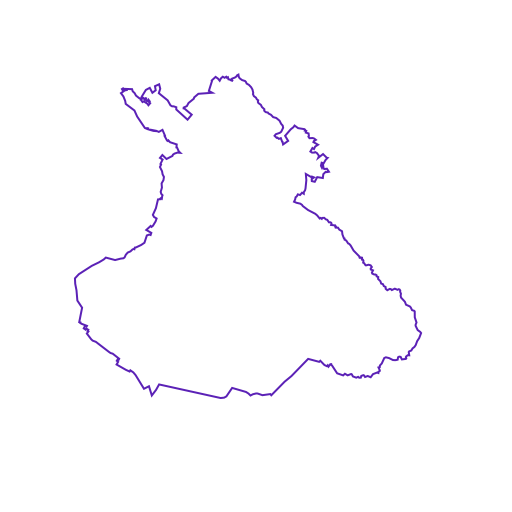 Tuchin, Córdoba, Colombia, rotated 289°
{"feature_id": "7082276B64022238164064", "entity_name": "Tuchin", "entity_type": "district", "adm_level": 2, "iso_a3": "COL", "parent_name": "Colombia", "parent_adm1": "Córdoba", "projection": "albers", "projection_center": [-75.529, 9.219], "detail": "fine", "context": "isolated", "style": "outline", "palette": "violet", "viewbox_px": 512, "rotation_deg": 289, "n_neighbors": 0, "source": "geoboundaries", "source_scale": "gbopen_adm2", "svg_char_len": 6114}
<svg xmlns="http://www.w3.org/2000/svg" viewBox="0 0 512 512"><g transform="rotate(289 256 256)"><path d="M195.3,409.9L201.3,410.5L202.5,411.8L202.8,415.0L202.2,419.4L203.0,422.0L204.1,423.7L206.5,423.3L207.5,424.2L207.7,425.6L205.7,427.6L207.5,431.2L208.2,431.4L209.1,430.6L209.9,430.7L211.6,431.8L212.0,433.2L214.9,431.7L215.7,431.9L217.2,433.6L219.6,434.1L221.6,435.4L223.7,436.0L228.0,436.1L231.5,437.0L236.9,437.2L237.7,436.0L238.6,433.0L242.0,429.6L243.0,429.3L245.4,429.4L249.7,426.1L255.3,424.1L255.7,423.3L255.6,421.2L257.7,419.1L258.4,417.9L258.8,413.7L261.2,411.7L263.9,406.7L265.5,405.7L267.6,405.3L269.1,403.9L270.2,403.7L271.0,402.8L271.1,401.8L270.1,400.8L270.3,397.9L268.0,395.5L268.6,394.2L268.4,393.1L266.4,391.3L267.2,389.3L268.9,388.6L269.2,386.6L270.7,385.2L270.7,383.3L272.6,381.9L274.1,378.9L275.9,378.4L276.0,376.7L277.1,376.2L277.4,375.1L277.0,373.8L277.2,371.7L278.0,371.0L280.5,371.3L280.6,368.9L281.5,368.5L283.3,369.1L284.5,367.4L284.4,365.3L282.9,363.0L283.2,362.1L284.4,360.7L284.6,359.5L286.4,359.2L287.3,358.3L287.1,357.4L288.9,356.8L288.7,355.2L288.0,355.0L288.1,354.5L289.3,353.7L292.9,346.5L296.8,342.0L297.8,340.2L297.9,339.0L300.0,336.3L300.3,334.4L301.4,334.0L301.4,333.3L304.5,330.7L307.4,329.3L308.1,326.1L309.5,324.3L309.1,323.1L309.8,322.1L309.0,322.3L308.8,322.0L310.6,320.5L309.8,316.9L311.1,316.9L311.8,316.4L312.1,315.6L311.6,314.0L313.4,311.6L313.4,310.0L314.3,308.1L313.6,306.3L312.5,306.1L313.0,304.6L312.2,304.0L314.3,300.6L315.2,298.3L316.4,290.3L318.5,283.9L319.3,282.9L319.9,280.9L319.5,277.0L319.7,274.3L322.2,274.6L324.4,274.3L325.6,275.1L327.9,275.5L328.0,277.8L330.8,278.9L330.4,280.9L331.9,280.4L334.1,281.0L336.1,280.8L344.1,278.9L349.8,276.4L348.6,282.5L349.3,282.9L349.2,285.3L346.9,283.6L345.0,284.4L345.3,287.4L350.5,288.2L351.5,293.8L355.3,293.0L358.3,294.5L358.3,295.6L359.4,297.5L361.6,294.6L360.5,292.3L360.7,291.5L364.2,289.6L363.7,288.8L362.3,289.6L362.1,289.2L361.2,289.3L362.5,288.0L365.6,287.7L365.7,289.8L369.4,290.5L372.0,291.7L371.9,291.0L374.2,286.2L369.1,282.9L371.2,283.0L373.2,280.0L373.5,278.1L372.7,277.4L372.0,275.3L372.5,273.4L376.5,274.2L376.0,276.0L378.7,276.3L381.4,278.4L382.4,273.2L383.5,273.3L385.3,274.8L386.0,272.8L386.0,271.2L384.8,268.2L385.9,266.7L386.8,266.9L389.0,265.8L388.9,262.9L390.6,262.8L390.4,261.3L391.4,261.3L391.7,260.5L390.6,254.2L391.9,250.0L389.9,249.4L387.1,247.6L379.1,244.4L375.3,248.9L370.3,245.3L372.6,243.9L372.6,243.5L375.5,241.1L374.2,239.5L374.9,237.8L374.4,237.4L374.5,236.9L375.7,234.4L377.6,235.1L380.2,238.4L381.7,239.4L386.1,239.9L388.0,238.8L389.1,236.8L391.6,234.2L393.1,230.2L392.9,227.0L394.4,224.2L394.8,221.5L395.5,220.5L395.2,218.6L395.7,217.0L396.2,216.4L397.5,216.1L398.8,213.1L400.5,211.4L401.4,208.5L402.3,207.6L403.9,207.4L404.4,205.8L405.7,204.4L406.5,201.9L408.1,200.4L409.3,200.3L412.2,198.5L414.0,196.5L415.5,193.6L416.0,191.0L417.3,189.8L417.9,188.6L417.8,185.6L418.7,182.7L419.9,181.3L421.8,180.3L420.7,179.3L419.3,179.0L417.8,177.9L415.9,175.6L415.0,175.1L413.9,177.2L414.0,174.8L414.4,174.6L414.1,172.4L415.9,171.2L415.1,170.4L415.8,169.5L414.3,168.3L414.7,166.2L412.5,165.0L409.9,164.6L411.3,162.4L412.2,159.5L407.5,157.0L407.0,157.4L396.7,157.7L396.1,161.5L390.6,148.7L385.8,145.9L384.5,146.0L378.7,142.4L375.2,141.8L372.8,139.3L372.0,139.5L372.1,140.4L368.7,149.2L362.6,146.9L368.6,132.9L370.7,132.2L370.7,129.5L370.2,128.0L370.6,126.1L374.4,121.8L378.3,111.1L383.0,111.0L386.8,108.5L383.7,105.2L380.0,107.2L376.6,104.9L380.4,100.8L377.2,97.8L369.5,96.1L367.9,96.1L368.8,96.8L368.1,97.8L368.8,98.3L367.7,99.7L370.1,100.8L367.7,100.8L367.1,102.4L367.7,102.7L367.5,103.2L368.8,103.4L367.6,105.2L366.6,104.9L366.0,106.2L363.5,105.2L364.6,103.7L365.7,99.6L364.6,98.6L366.3,96.2L367.2,96.5L367.2,94.2L368.6,90.3L370.5,88.2L371.6,85.8L373.4,84.5L371.4,77.8L371.1,78.2L371.4,79.2L370.8,79.7L369.6,77.7L371.2,75.7L370.2,74.9L369.2,76.1L369.6,76.3L368.8,77.3L366.0,75.3L363.7,78.7L360.1,81.8L357.4,83.3L354.0,93.7L349.2,98.2L340.9,109.2L340.7,111.5L341.5,111.5L341.6,112.4L340.7,112.6L340.7,114.2L340.9,118.3L341.1,119.1L341.5,118.1L341.9,121.0L341.7,123.7L344.8,126.5L340.1,130.8L339.7,130.5L336.2,134.3L336.0,135.2L336.8,135.5L335.6,137.7L335.7,144.7L332.8,145.4L332.9,146.0L329.8,148.9L328.9,150.8L328.2,148.1L326.3,145.6L324.8,144.5L323.4,144.4L318.6,139.8L321.0,134.6L317.5,133.3L316.8,136.3L311.9,135.7L311.5,136.5L308.9,136.2L305.5,139.6L302.8,141.1L300.8,143.2L297.6,143.8L293.9,143.1L290.0,144.8L285.6,145.0L283.9,146.2L282.7,148.5L282.7,147.7L280.1,148.2L280.4,147.7L279.1,146.8L278.6,147.2L277.6,144.9L268.6,145.8L261.3,145.1L259.7,146.9L259.1,149.8L256.0,149.8L251.0,148.7L249.5,147.7L250.1,146.6L244.9,143.8L243.8,149.5L241.5,149.5L241.5,148.1L239.9,146.1L232.2,146.2L229.0,143.8L225.0,139.7L224.5,138.7L222.9,138.8L223.0,138.2L222.0,137.1L219.5,135.8L217.5,133.6L214.8,132.5L211.9,132.2L210.7,131.4L209.4,128.8L206.3,124.1L205.6,114.5L203.2,113.2L199.0,109.7L193.3,104.0L181.1,94.4L175.9,92.1L170.9,94.1L165.0,97.5L155.7,101.6L150.5,108.4L135.9,110.4L136.0,111.6L135.4,111.7L135.1,113.2L134.9,118.9L134.4,118.8L134.7,117.2L131.5,116.7L130.9,118.8L132.2,119.1L131.6,121.5L130.2,121.2L130.0,122.1L127.6,121.3L123.6,127.3L122.8,129.1L122.7,132.5L117.4,148.3L116.9,150.1L117.0,152.3L114.3,160.1L113.1,159.9L113.0,158.8L111.6,158.5L111.0,160.1L108.0,159.5L106.0,170.1L105.6,174.1L107.0,174.4L106.0,177.9L104.2,180.9L94.0,193.3L98.0,197.2L90.2,202.9L96.9,205.1L103.0,206.2L110.2,268.8L111.7,272.0L113.6,273.7L123.5,276.4L124.2,290.8L123.5,293.7L122.3,296.2L124.3,298.1L126.1,300.9L126.5,302.3L126.5,307.4L130.1,314.5L129.3,315.8L146.5,324.0L154.0,328.6L175.7,338.8L176.5,350.2L177.9,350.9L175.2,356.2L174.9,359.0L176.0,359.4L175.0,360.6L177.9,361.5L178.1,362.0L177.6,362.0L177.4,363.3L171.5,370.9L171.5,377.3L173.6,378.4L173.0,381.5L175.4,384.4L175.3,385.1L173.7,386.8L173.6,390.4L175.0,391.9L174.5,393.2L175.1,394.7L176.9,394.6L178.3,396.3L178.3,396.9L177.1,398.5L178.9,400.7L178.7,403.9L182.4,405.1L185.2,408.4L185.2,409.8L186.5,409.5L187.4,410.4L188.2,410.3L190.5,408.1L191.2,409.2L192.8,408.8L195.3,409.9Z" fill="none" stroke="#5b21b6" stroke-width="2"/></g></svg>